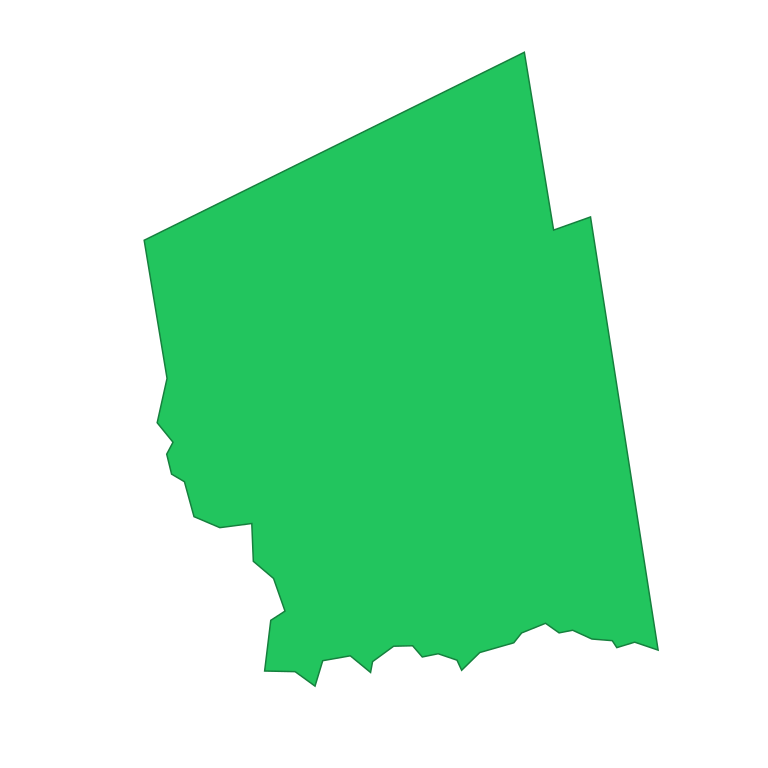 Hardin, Texas, United States of America, rotated 81°
{"feature_id": "52423323B96895412793722", "entity_name": "Hardin", "entity_type": "district", "adm_level": 2, "iso_a3": "USA", "parent_name": "United States of America", "parent_adm1": "Texas", "projection": "mercator", "projection_center": [-94.219, 30.312], "detail": "fine", "context": "isolated", "style": "filled", "palette": "green", "viewbox_px": 768, "rotation_deg": 81, "n_neighbors": 0, "source": "geoboundaries", "source_scale": "gbopen_adm2", "svg_char_len": 673}
<svg xmlns="http://www.w3.org/2000/svg" viewBox="0 0 768 768"><g transform="rotate(81 384 384)"><path d="M344.5,597.4L386.8,614.1L408.5,601.5L419.3,609.6L439.8,607.9L449.3,596.4L485.3,592.4L500.2,568.6L501.1,536.4L538.7,540.8L558.8,523.5L592.8,517.3L599.7,532.8L648.8,546.8L654.2,516.8L671.6,499.4L647.7,487.8L647.2,459.8L666.8,442.4L656.4,438.7L644.5,415.5L647.0,396.7L659.6,388.9L658.9,372.7L668.2,355.1L678.9,352.1L664.2,331.4L659.9,296.3L651.4,287.0L645.6,261.9L657.2,250.0L656.7,236.2L668.4,218.6L673.2,198.7L680.8,195.3L678.2,176.8L689.7,154.9L251.3,153.9L258.5,192.4L78.3,193.5L204.5,598.4L344.5,597.4Z" fill="#22c55e" stroke="#15803d" stroke-width="1.5"/></g></svg>